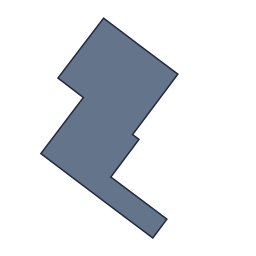 Renville, North Dakota, United States of America, rotated 37°
{"feature_id": "52423323B29134210824643", "entity_name": "Renville", "entity_type": "district", "adm_level": 2, "iso_a3": "USA", "parent_name": "United States of America", "parent_adm1": "North Dakota", "projection": "orthographic", "projection_center": [-101.622, 48.729], "detail": "fine", "context": "isolated", "style": "filled", "palette": "slate", "viewbox_px": 256, "rotation_deg": 37, "n_neighbors": 0, "source": "geoboundaries", "source_scale": "gbopen_adm2", "svg_char_len": 351}
<svg xmlns="http://www.w3.org/2000/svg" viewBox="0 0 256 256"><g transform="rotate(37 128 128)"><path d="M42.1,106.8L42.0,130.3L74.0,130.5L73.8,200.9L120.4,201.0L167.2,201.0L214.0,200.9L213.9,177.4L143.8,177.5L143.6,130.5L135.6,130.5L135.4,55.0L135.2,55.0L88.7,55.1L42.4,55.0L42.1,106.8Z" fill="#64748b" stroke="#1e293b" stroke-width="1.5"/></g></svg>